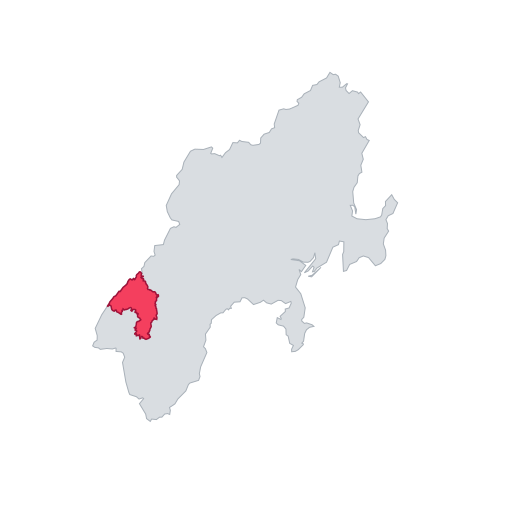 where Rivne sits in Ukraine, rotated 302°
{"feature_id": "UKR-286", "entity_name": "Rivne", "entity_type": "Region", "adm_level": 1, "iso_a3": "UKR", "parent_name": "Ukraine", "parent_adm1": "", "projection": "natural_earth1", "projection_center": [26.178, 50.971], "detail": "fine", "context": "in_parent", "style": "filled", "palette": "rose", "viewbox_px": 512, "rotation_deg": 302, "n_neighbors": 0, "source": "natural_earth", "source_scale": "10m", "svg_char_len": 9181}
<svg xmlns="http://www.w3.org/2000/svg" viewBox="0 0 512 512"><g transform="rotate(302 256 256)"><path d="M345.0,329.9L350.6,337.1L355.1,340.8L357.3,340.9L363.4,338.4L367.4,339.2L370.8,336.9L379.9,338.6L377.3,343.2L376.2,347.9L364.6,349.6L360.2,346.8L355.7,346.9L353.2,350.3L348.8,352.7L347.4,355.3L339.1,355.2L333.7,357.6L329.6,362.8L325.1,366.0L321.4,367.1L315.7,365.8L311.0,362.4L314.3,352.3L312.9,347.0L309.2,344.4L304.6,344.2L298.5,339.9L291.7,340.5L289.3,338.3L303.2,328.6L306.2,328.1L314.6,323.0L312.9,318.8L309.3,319.9L304.2,316.5L288.1,319.1L278.2,314.1L273.7,313.6L272.5,312.3L277.2,311.2L277.5,309.4L271.0,308.2L267.4,305.9L285.3,308.1L290.0,304.2L285.1,305.6L280.0,304.7L278.2,303.4L275.9,299.4L275.6,293.9L273.2,288.9L271.5,287.4L275.0,295.4L274.4,303.2L266.8,302.8L267.4,299.6L264.0,303.8L258.1,303.9L250.6,306.0L247.7,314.0L238.1,325.2L229.4,329.0L226.3,328.4L225.1,329.3L224.5,332.8L226.1,334.4L227.4,340.0L227.0,342.4L223.9,339.2L220.2,337.9L216.2,338.3L208.9,341.5L206.4,341.0L206.6,342.6L205.9,343.1L199.0,341.5L196.0,339.9L193.7,337.0L195.8,335.6L200.0,335.1L199.8,330.9L205.1,325.7L205.2,323.3L209.9,320.1L211.1,316.5L209.4,311.3L210.0,308.6L215.0,306.7L215.4,310.8L216.5,310.4L217.6,308.4L224.5,310.3L226.5,308.9L229.5,311.6L234.7,310.9L235.9,309.6L231.3,306.3L231.6,301.1L230.1,298.2L223.3,294.4L221.9,289.8L222.5,285.8L219.0,284.2L213.5,279.6L215.1,271.6L214.7,268.6L213.1,266.3L208.7,266.7L205.3,262.0L200.0,261.1L198.5,262.8L197.6,261.2L195.8,261.3L196.0,259.4L194.7,258.7L190.3,258.1L189.2,256.3L184.4,253.7L178.4,252.0L175.2,253.7L173.8,253.2L171.4,254.9L163.0,254.5L158.1,258.1L151.2,259.6L150.6,262.2L148.1,265.5L132.7,267.8L126.2,270.3L124.1,272.4L120.1,273.2L113.3,267.3L111.2,266.8L104.4,268.0L93.3,265.5L87.6,265.6L81.7,262.9L79.8,265.1L75.9,266.8L75.5,264.5L73.6,262.3L69.5,261.6L68.2,259.6L64.5,258.2L62.4,253.9L59.7,254.0L60.1,249.4L63.5,246.2L69.0,235.4L75.5,236.3L75.7,235.1L72.7,232.6L73.3,229.2L71.6,222.4L72.9,220.5L80.2,212.4L95.0,199.2L100.6,198.3L103.2,194.9L103.3,192.5L100.9,187.9L103.6,186.2L103.4,185.5L101.1,183.6L98.5,178.5L94.3,173.4L94.6,171.1L93.1,167.7L93.2,165.1L97.1,164.4L100.5,165.8L104.3,163.6L109.4,158.0L124.5,156.3L143.0,156.8L161.2,160.7L169.1,161.2L172.4,165.5L179.0,165.4L180.9,166.2L181.1,168.8L184.5,165.6L187.8,166.5L191.5,165.2L200.4,167.0L201.5,169.4L203.3,170.0L205.8,167.1L211.2,164.6L216.6,171.4L221.0,170.0L234.1,168.8L237.3,170.9L237.9,173.0L242.4,174.6L244.3,172.1L242.0,165.5L243.0,163.0L246.6,157.3L251.3,153.1L264.0,151.4L275.8,153.0L279.2,151.3L280.8,146.9L282.3,146.0L290.3,147.5L297.5,145.1L310.1,144.9L314.2,147.5L318.5,155.0L324.9,160.4L324.5,162.2L319.0,163.2L319.0,164.2L320.9,166.7L321.7,171.9L322.7,172.6L321.5,174.9L327.5,175.4L332.3,177.2L339.9,176.3L342.1,180.3L345.4,180.7L345.6,183.3L348.5,189.5L347.6,192.7L348.2,194.7L352.2,199.4L354.1,200.0L358.6,197.5L363.6,198.3L367.8,201.8L372.0,201.8L374.7,203.8L377.6,201.5L391.9,198.2L395.5,201.5L396.1,203.7L398.4,206.6L406.1,211.8L408.3,211.3L408.8,208.9L410.5,208.2L414.8,210.6L419.1,210.9L425.2,214.5L430.7,213.6L433.7,216.8L437.2,217.2L444.4,221.5L450.9,221.4L450.7,225.4L452.3,227.1L452.1,230.4L447.6,235.6L443.3,237.2L444.9,239.8L450.2,241.6L450.5,242.4L446.0,242.8L444.1,244.7L443.1,248.8L447.3,250.2L448.8,255.3L448.0,256.9L450.5,257.8L446.3,269.7L426.3,269.9L422.5,274.7L416.6,276.2L414.9,277.7L413.4,284.4L415.2,285.6L413.6,288.4L414.0,290.8L399.2,291.3L394.9,295.7L388.5,296.8L383.2,301.4L380.7,300.0L377.9,300.0L371.8,303.0L366.2,302.7L361.9,303.9L352.7,310.8L348.6,316.7L344.4,318.5L350.1,313.6L350.3,311.1L348.9,309.1L345.4,314.0L340.7,316.1L341.1,321.9L345.0,329.9ZM280.8,317.1L267.8,314.2L266.5,311.0L269.4,313.8L280.8,317.1Z" fill="#d9dde1" stroke="#a8b0b8" stroke-width="1"/><path d="M134.9,156.6L137.8,156.7L139.6,156.4L144.2,157.1L145.7,157.0L146.3,157.1L147.7,158.1L148.3,158.3L153.3,158.5L153.6,158.6L153.6,158.8L153.5,159.1L153.6,159.3L153.8,159.6L154.1,159.7L158.9,159.9L162.9,161.3L164.3,161.5L166.5,160.9L168.4,160.9L169.3,161.1L169.9,161.4L170.0,161.8L169.9,162.4L169.9,163.1L170.1,163.6L170.4,163.9L170.9,163.9L171.4,163.9L172.0,164.0L172.0,164.5L171.6,165.1L171.5,165.5L171.8,165.7L172.3,165.7L173.1,165.5L174.4,165.7L174.8,165.6L175.3,165.4L175.9,164.9L176.3,164.8L177.1,164.8L179.4,165.5L180.6,165.5L180.9,165.7L181.2,166.3L181.1,167.0L180.4,168.4L179.7,168.5L178.9,168.8L178.7,168.9L178.5,169.3L178.5,169.9L178.5,170.1L178.5,170.3L178.9,170.5L179.0,170.7L179.1,170.9L179.0,171.1L178.9,171.2L178.6,171.1L177.8,170.5L177.7,170.3L177.5,170.1L177.3,169.8L177.0,169.7L176.9,169.8L176.8,170.0L176.6,171.2L176.6,171.6L176.6,171.8L177.0,172.1L177.1,172.5L176.8,173.0L176.5,173.2L175.2,173.5L175.8,175.0L175.9,175.3L175.8,175.7L175.5,176.1L175.4,176.2L174.9,176.4L174.7,176.6L174.3,177.5L173.8,178.0L173.6,179.2L173.4,179.5L173.0,179.9L172.7,180.5L172.0,180.9L171.1,181.1L170.9,181.2L170.8,181.4L170.6,181.9L170.4,182.1L170.8,182.8L170.9,183.3L171.2,183.8L171.2,184.0L170.8,184.2L170.8,184.3L170.9,184.5L171.2,184.8L171.3,185.0L171.3,185.5L171.0,186.9L171.0,187.4L171.1,187.8L171.4,188.1L171.8,188.7L172.0,189.2L171.9,189.7L171.4,190.7L171.2,191.0L170.8,191.4L170.3,192.4L170.3,192.6L170.4,192.9L170.5,193.0L171.1,193.2L171.2,193.4L171.3,193.5L171.1,193.9L170.3,194.6L169.3,194.4L169.2,194.4L169.0,194.2L169.0,193.9L168.9,193.5L168.6,193.4L168.3,193.4L168.1,193.4L168.0,193.5L167.8,194.1L167.7,194.1L166.7,194.5L166.1,194.9L165.9,195.1L165.7,195.2L165.3,195.3L165.1,195.2L164.6,195.0L164.2,194.9L163.9,194.9L163.5,195.2L162.0,195.7L161.9,195.9L161.8,196.1L161.9,196.6L161.8,196.8L161.6,196.9L160.9,196.7L160.7,196.7L160.5,196.8L160.4,197.2L160.4,197.3L159.9,197.7L159.9,198.0L159.6,198.3L158.6,199.0L158.6,199.4L158.5,199.7L157.3,200.4L157.2,200.5L156.9,201.0L156.7,201.1L155.8,201.8L155.3,202.3L154.9,202.6L154.6,202.7L154.1,202.8L153.5,202.7L153.2,202.7L152.8,202.8L152.4,203.2L151.5,204.4L151.1,204.7L150.6,205.0L149.6,205.4L149.5,204.6L149.3,204.3L149.0,204.1L148.9,203.8L149.1,203.4L149.2,203.2L149.4,203.0L149.5,202.7L149.3,202.4L149.2,202.4L148.8,202.7L148.1,202.9L147.9,202.9L146.3,202.3L145.9,202.3L145.6,202.3L145.0,202.6L144.5,202.5L143.9,202.3L143.4,202.3L142.9,202.6L140.9,204.4L140.4,204.6L137.9,204.8L137.5,204.9L137.3,205.0L136.8,205.3L136.6,205.4L136.4,205.4L136.2,205.2L135.9,205.2L135.4,205.6L135.1,205.7L134.6,205.5L134.1,205.4L133.6,205.2L133.1,205.1L132.8,205.1L132.7,205.1L132.6,205.3L132.4,205.7L132.4,205.9L132.5,206.1L132.9,206.5L133.0,206.7L132.8,207.1L132.6,207.3L131.9,207.6L131.8,207.9L131.8,208.2L131.8,208.6L131.7,208.8L131.4,208.6L131.1,208.6L130.9,208.7L130.8,209.2L129.2,208.5L127.2,207.0L127.0,206.8L126.9,206.1L126.8,205.7L126.9,205.3L127.0,204.6L127.0,204.4L126.5,203.9L126.4,203.7L127.1,203.0L127.4,202.7L127.4,202.3L127.3,201.9L127.1,201.6L126.7,201.5L126.4,201.5L126.2,201.5L125.6,201.8L125.1,201.9L124.7,201.8L124.4,201.7L124.2,201.4L125.5,200.4L126.2,199.7L126.4,199.6L127.1,199.4L127.2,199.2L127.3,199.1L127.3,198.9L127.2,198.8L126.7,198.7L126.0,197.8L125.8,197.6L125.0,197.0L124.9,196.8L124.9,196.7L125.0,196.7L125.6,196.7L125.9,196.6L126.2,196.3L126.5,195.7L126.3,195.5L125.6,195.0L125.5,194.9L125.5,194.7L125.8,194.4L126.0,194.3L127.1,194.5L128.8,194.7L129.1,194.6L129.3,194.4L129.5,194.1L129.5,193.8L129.4,193.4L129.1,193.0L129.1,192.9L129.1,192.7L129.3,192.6L130.8,192.7L131.2,192.7L131.1,192.4L130.6,192.2L130.6,191.8L130.7,191.6L130.8,191.5L130.8,191.4L130.7,191.1L130.7,190.8L130.8,190.8L131.4,191.2L131.9,191.4L132.4,191.5L132.6,191.5L132.8,191.4L133.5,191.1L134.2,190.9L135.1,190.5L135.5,190.2L136.0,190.0L137.1,190.0L137.5,190.1L137.8,190.4L138.3,190.9L138.3,191.1L138.4,191.3L139.3,191.4L139.5,191.5L140.3,192.1L140.6,192.1L140.8,192.1L141.0,192.0L141.2,191.1L141.3,190.9L141.7,190.4L141.7,190.2L141.6,189.3L141.7,188.1L141.7,187.9L141.9,187.7L142.0,187.6L143.3,186.8L143.5,186.7L144.3,186.8L144.5,186.7L144.6,186.4L143.9,186.0L143.8,185.9L143.9,185.7L144.2,185.3L144.8,184.8L144.9,184.6L144.9,184.4L144.8,184.2L144.5,183.9L144.1,183.7L144.1,183.3L144.3,183.1L146.0,182.9L146.5,182.6L146.6,182.4L146.5,181.7L146.3,181.4L146.1,180.9L145.8,180.4L145.4,180.1L145.1,179.9L144.8,179.9L144.6,180.0L144.3,180.1L144.1,180.2L143.6,180.0L143.4,179.9L143.5,178.8L143.6,178.7L145.2,178.5L145.6,178.2L145.9,177.7L145.9,177.1L145.8,176.9L144.7,176.0L143.0,175.3L142.3,174.6L141.7,174.2L141.5,173.6L141.4,173.5L140.7,173.2L140.4,172.8L140.5,172.3L140.7,171.7L140.7,171.4L140.2,171.7L139.9,171.7L139.7,171.7L139.3,171.6L139.2,171.5L139.1,171.3L138.9,171.2L138.7,171.3L138.5,171.7L138.3,171.9L138.1,172.0L137.9,172.0L137.4,171.8L137.1,171.8L136.6,171.8L136.1,172.0L135.9,172.3L135.7,172.7L135.6,172.8L135.3,172.7L135.1,172.6L135.0,172.3L135.0,172.1L135.1,170.9L135.1,170.4L135.1,170.0L135.2,169.3L135.2,169.0L134.9,168.0L134.9,167.5L135.0,167.2L135.7,166.6L135.8,166.5L136.0,166.2L136.0,165.9L135.9,165.7L135.3,165.5L135.2,165.4L135.1,165.1L134.6,165.1L134.3,165.1L134.1,165.0L134.1,164.9L134.0,164.6L133.9,163.7L134.0,162.7L134.2,162.2L134.3,162.0L135.4,160.8L136.3,160.1L136.6,159.8L136.8,159.4L136.9,159.2L136.7,158.4L136.6,158.2L136.6,157.9L136.9,157.7L137.3,157.4L137.2,157.3L135.2,157.2L134.9,157.1L134.9,156.6Z" fill="#f43f5e" stroke="#9f1239" stroke-width="1.5"/></g></svg>